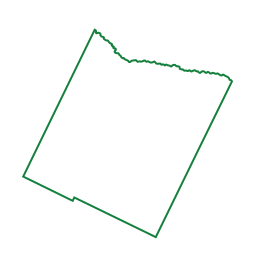 outline of Kittson, Minnesota, United States of America, rotated 116°
{"feature_id": "52423323B36938484701333", "entity_name": "Kittson", "entity_type": "district", "adm_level": 2, "iso_a3": "USA", "parent_name": "United States of America", "parent_adm1": "Minnesota", "projection": "mercator", "projection_center": [-97.14, 48.772], "detail": "fine", "context": "isolated", "style": "outline", "palette": "green", "viewbox_px": 256, "rotation_deg": 116, "n_neighbors": 0, "source": "geoboundaries", "source_scale": "gbopen_adm2", "svg_char_len": 2241}
<svg xmlns="http://www.w3.org/2000/svg" viewBox="0 0 256 256"><g transform="rotate(116 128 128)"><path d="M217.6,200.9L217.7,145.8L214.0,145.8L213.9,55.2L121.8,55.2L40.5,55.0L39.9,56.1L39.9,56.5L40.1,57.3L40.0,58.0L39.3,58.7L38.7,59.8L38.4,60.8L38.5,63.2L38.3,65.2L38.3,65.9L38.6,66.3L39.7,66.8L39.9,67.3L40.0,67.8L40.0,68.6L39.7,71.1L39.8,71.6L40.7,72.6L40.9,73.3L41.0,74.9L41.4,76.3L42.6,77.1L42.8,77.7L42.9,78.4L42.5,79.3L42.5,80.2L42.7,81.0L43.8,81.5L44.2,81.9L44.3,82.8L43.9,84.1L43.9,84.7L44.3,85.9L44.9,86.4L46.8,87.3L47.0,87.8L46.9,89.2L46.5,90.1L47.0,91.5L47.0,92.1L46.8,93.0L47.0,93.6L48.5,95.1L49.1,95.4L49.4,95.8L49.5,96.2L49.2,97.7L49.2,98.1L49.6,98.5L50.3,98.9L50.7,99.6L50.9,101.1L51.7,102.3L51.7,103.3L51.4,104.0L51.3,104.4L51.9,105.7L52.1,107.0L52.0,107.4L51.6,107.7L50.7,108.3L50.5,108.8L50.5,110.0L51.2,111.4L50.7,113.4L51.0,114.2L51.4,114.8L52.0,115.4L53.2,115.8L53.8,116.2L53.9,116.7L53.9,117.0L53.7,117.6L53.7,118.1L54.2,119.5L54.2,120.9L54.3,121.6L54.7,121.9L55.4,122.1L55.6,122.5L55.4,123.2L55.4,124.4L55.6,124.7L56.2,125.1L56.4,125.4L56.3,126.4L56.0,126.7L56.0,127.1L56.0,127.4L56.3,127.8L56.5,128.1L57.6,130.2L57.6,130.9L56.8,132.9L56.8,133.5L57.1,133.8L58.5,135.0L59.3,136.4L59.3,139.1L59.4,139.5L60.2,140.2L60.3,140.6L60.2,141.8L60.0,142.4L60.1,142.8L60.4,143.2L62.0,144.5L62.5,145.1L63.1,146.9L64.2,148.3L64.0,149.6L63.6,150.2L63.8,151.1L65.8,154.0L67.9,155.2L68.1,155.6L68.2,156.0L68.1,156.4L67.6,157.2L67.5,157.8L67.6,160.4L67.6,161.5L67.3,161.9L67.0,162.5L67.5,163.4L67.5,164.5L67.2,165.2L66.6,165.8L66.4,166.4L66.0,167.9L65.2,169.0L65.1,169.5L65.6,170.7L65.9,172.2L65.8,172.7L65.6,173.1L65.2,173.5L64.4,173.6L63.2,173.2L62.3,173.7L62.1,173.9L62.1,174.5L62.5,175.1L62.5,175.7L62.4,176.3L62.2,176.5L61.3,176.4L61.0,177.1L61.1,177.9L61.0,178.7L60.7,178.9L60.0,178.9L59.7,179.2L59.5,180.2L59.7,180.8L59.5,181.8L59.0,183.1L58.6,183.6L58.4,184.1L58.3,184.9L58.7,185.5L58.8,186.1L58.6,188.3L58.4,188.8L58.1,189.1L57.4,189.2L57.1,189.7L57.1,190.5L57.3,191.1L57.3,192.1L57.1,192.7L56.7,193.5L55.5,194.0L55.2,194.6L55.2,195.8L55.3,196.3L55.7,196.8L56.2,197.1L56.6,197.8L56.6,198.3L56.3,198.7L55.8,198.7L54.8,199.3L54.5,199.7L54.4,200.1L54.3,201.0L217.6,200.9Z" fill="none" stroke="#15803d" stroke-width="2"/></g></svg>